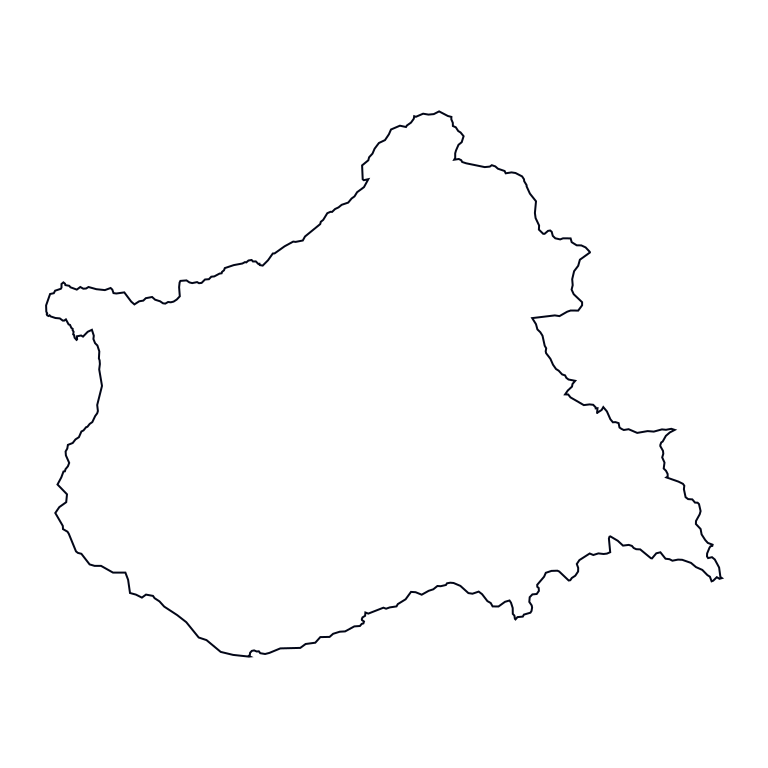 Sao Nicolau Tolentino, São Domingos, Cabo Verde
{"feature_id": "66160863B10929768356041", "entity_name": "Sao Nicolau Tolentino", "entity_type": "district", "adm_level": 2, "iso_a3": "CPV", "parent_name": "Cabo Verde", "parent_adm1": "São Domingos", "projection": "robinson", "projection_center": [-23.566, 15.021], "detail": "fine", "context": "isolated", "style": "outline", "palette": "ink", "viewbox_px": 768, "rotation_deg": 0, "n_neighbors": 0, "source": "geoboundaries", "source_scale": "gbopen_adm2", "svg_char_len": 6035}
<svg xmlns="http://www.w3.org/2000/svg" viewBox="0 0 768 768"><path d="M451.4,116.9L447.9,116.0L439.1,111.4L433.8,114.1L428.5,114.6L423.1,113.7L415.9,116.8L414.2,116.2L413.8,118.7L411.0,122.6L406.9,125.5L406.0,127.0L399.9,125.7L391.0,129.5L388.9,134.3L385.0,140.1L378.9,143.0L374.6,148.7L372.5,153.6L369.1,157.3L368.3,160.3L362.1,165.4L362.7,179.3L363.8,180.2L368.3,179.2L364.0,187.1L357.1,192.2L354.5,196.4L351.6,198.5L348.2,202.6L341.7,204.8L338.5,207.4L335.1,209.0L332.1,211.9L330.5,211.8L327.3,213.2L323.2,219.9L320.8,221.8L320.2,224.1L305.0,236.5L302.8,240.5L295.6,241.9L293.2,241.6L284.6,246.3L274.6,253.4L272.8,253.5L268.0,260.3L262.7,265.6L259.9,265.1L259.5,263.8L258.5,264.1L255.8,261.4L253.0,261.5L251.6,260.0L248.5,260.5L246.3,262.4L245.0,262.1L242.4,263.5L233.8,265.1L224.8,268.1L224.0,270.3L222.1,271.8L221.6,273.3L219.5,273.6L214.3,276.4L211.3,276.7L208.9,279.2L205.0,279.5L201.6,282.9L199.0,283.2L197.1,282.1L192.2,283.1L189.4,282.4L186.5,280.4L180.4,280.9L179.6,282.5L179.1,287.2L179.8,296.3L176.8,299.5L173.6,301.6L170.8,302.3L168.1,302.0L165.3,303.6L163.0,303.3L160.1,301.3L155.1,299.7L152.1,297.0L145.8,298.2L143.3,300.6L139.2,301.3L134.4,304.4L131.2,301.6L124.3,292.4L116.3,293.5L113.5,293.1L112.3,289.6L110.6,288.0L104.9,290.1L96.4,289.2L88.5,287.0L86.1,288.5L83.3,288.7L80.3,287.0L76.8,289.6L70.5,287.3L69.2,285.8L65.4,285.1L65.0,283.7L63.4,282.4L61.5,284.0L61.5,287.6L60.8,288.8L55.1,290.7L53.8,293.2L50.1,294.0L46.1,305.4L46.3,311.7L47.2,313.3L46.7,314.1L47.2,315.3L48.5,316.0L49.6,315.3L50.6,316.4L55.4,318.0L59.8,318.4L62.8,320.6L64.2,320.6L65.9,319.4L68.6,324.4L70.0,324.9L71.3,327.8L72.7,328.9L72.6,330.1L73.6,331.8L73.2,334.4L74.0,334.9L74.6,337.7L76.5,339.9L77.1,339.4L76.9,336.3L81.1,335.5L83.0,336.6L87.7,331.8L91.9,329.8L93.8,335.7L93.4,339.0L95.1,343.2L97.4,345.5L99.3,351.4L98.9,358.5L99.6,360.3L99.9,364.0L99.2,369.4L102.0,385.9L97.2,405.0L97.9,411.0L97.2,413.3L95.2,416.0L92.3,422.1L89.7,423.9L87.4,426.8L86.1,427.2L83.5,430.4L81.4,431.5L78.9,437.2L75.5,439.4L72.7,443.0L67.9,444.9L67.3,448.5L65.6,451.5L65.9,455.4L69.2,462.9L67.9,466.3L65.5,469.2L64.9,471.3L63.5,471.5L61.3,477.4L57.5,484.5L67.0,494.3L66.2,502.2L59.3,507.1L55.3,513.0L62.8,525.9L63.0,529.1L67.5,531.7L68.8,533.8L76.0,551.4L77.9,552.9L81.4,553.8L89.6,564.4L94.7,565.9L101.1,565.9L113.0,572.6L125.4,572.6L128.1,579.8L130.0,593.0L135.9,594.6L141.9,597.6L146.0,594.6L153.0,595.9L154.6,598.2L159.5,601.4L164.2,606.6L177.2,615.1L186.3,622.2L198.7,637.5L206.5,640.1L220.7,651.9L233.1,654.9L248.9,656.6L249.9,656.5L248.6,655.9L249.8,655.1L250.1,652.8L251.8,650.9L254.1,650.4L256.7,651.5L258.8,651.3L260.3,653.2L265.1,654.0L269.4,652.9L280.3,648.4L300.3,647.9L305.6,644.0L315.3,642.7L320.3,637.1L329.6,636.9L333.1,633.8L339.8,631.7L345.1,631.4L354.3,626.4L359.9,626.0L361.7,623.9L363.4,623.4L364.0,621.5L362.0,620.1L361.8,619.2L362.5,617.4L365.1,615.8L365.4,612.5L368.3,613.6L383.4,607.7L386.1,608.7L389.8,607.4L396.5,606.4L397.8,604.1L405.6,599.3L411.0,591.9L415.6,592.2L421.7,594.7L428.7,590.8L433.3,589.3L437.4,586.0L440.7,586.2L445.9,585.0L447.0,583.3L450.3,582.7L453.6,583.0L460.4,585.9L468.4,593.1L472.5,593.7L478.7,591.6L482.1,594.2L487.4,601.1L490.7,603.0L492.6,606.4L498.5,606.5L505.0,601.8L509.5,600.5L511.0,602.7L512.7,608.0L512.8,613.9L514.4,615.6L514.9,618.8L515.5,619.4L517.5,617.1L522.8,616.6L523.9,614.6L530.4,612.7L531.5,611.0L532.1,607.6L531.7,605.4L529.3,601.9L529.7,597.2L532.4,594.4L536.7,594.0L538.9,590.9L538.7,588.0L537.3,586.8L537.2,584.8L544.1,576.7L545.8,572.8L551.5,570.9L557.4,570.7L559.2,571.5L568.7,580.5L570.3,580.2L571.8,578.0L575.3,575.7L578.1,571.5L578.2,567.9L576.8,564.0L579.4,560.1L589.7,553.5L593.3,555.0L598.4,553.4L603.6,554.0L606.9,553.6L610.2,552.2L608.9,538.5L609.5,536.7L610.4,536.4L617.8,540.8L623.0,545.6L628.8,544.9L631.9,545.9L633.7,548.0L636.2,549.2L640.2,549.4L650.9,558.2L652.0,558.4L656.3,553.3L660.4,552.3L665.5,558.7L669.5,559.2L672.4,560.7L678.0,559.6L682.2,559.8L691.0,562.9L696.0,567.1L702.3,569.9L707.4,575.1L709.9,576.7L711.6,581.3L713.2,580.7L716.8,577.2L719.5,578.8L721.9,578.1L720.4,577.0L719.1,567.5L714.8,559.5L712.0,557.2L708.1,558.1L707.0,556.4L707.1,553.5L709.5,547.7L710.5,546.3L712.3,545.9L712.6,544.7L707.8,542.9L705.2,540.0L701.6,534.4L700.6,529.0L695.9,524.0L696.0,521.0L699.7,514.3L700.6,511.1L699.0,504.1L697.6,502.7L695.0,502.6L692.3,499.4L688.1,499.1L685.6,497.2L683.9,489.2L684.3,485.7L682.9,483.8L678.4,481.6L666.4,477.4L667.7,476.5L667.6,473.9L666.0,470.8L663.7,468.5L664.5,462.6L662.2,457.4L663.3,453.8L663.0,450.9L660.3,446.1L660.3,445.0L661.2,442.5L662.7,441.5L665.9,435.8L669.9,432.4L674.7,429.9L671.3,428.8L666.0,429.8L661.9,429.4L653.8,431.6L647.6,431.1L637.2,432.9L628.6,429.2L623.8,430.0L621.5,428.9L619.5,427.5L618.6,423.1L615.4,422.1L612.9,422.3L610.4,419.3L606.9,411.4L603.3,407.1L601.6,410.0L597.5,412.6L597.0,413.6L597.5,408.2L595.7,408.4L595.6,407.3L593.2,404.8L589.6,404.4L583.8,405.1L570.5,397.4L568.2,394.5L565.1,394.4L567.8,390.5L572.0,386.6L572.5,384.0L575.2,380.8L568.5,379.5L566.3,377.8L565.1,375.4L562.1,374.4L558.7,370.7L556.0,369.0L553.0,364.7L550.4,358.8L546.1,353.2L545.7,351.3L546.2,348.3L544.7,345.7L542.5,335.7L540.3,332.2L537.4,329.4L536.0,324.2L532.2,318.1L554.8,315.4L559.5,316.1L567.2,311.7L570.7,310.5L578.2,310.6L582.1,305.3L582.1,302.2L573.7,294.2L571.6,289.6L572.7,285.2L572.2,279.2L574.1,271.2L578.2,265.8L579.9,259.7L589.9,252.5L589.8,251.9L585.6,247.4L581.3,245.4L576.7,245.3L571.7,242.2L570.6,238.4L563.1,238.3L560.2,239.4L555.3,238.3L552.8,235.9L551.7,231.8L550.2,230.5L548.0,230.9L544.6,233.8L543.2,233.8L538.9,229.6L539.1,225.5L535.6,218.1L534.9,213.0L536.0,201.3L529.9,193.6L526.6,186.4L526.6,185.2L524.2,181.2L524.0,179.3L522.1,176.4L515.5,173.0L511.5,172.4L505.7,173.3L504.6,171.0L497.9,168.7L495.3,166.4L491.8,165.2L489.8,166.6L484.7,167.1L466.2,163.3L462.2,162.0L461.2,160.2L458.8,159.0L454.2,159.7L455.2,157.9L455.2,153.3L456.0,150.5L458.5,144.8L461.7,142.2L463.6,136.2L460.6,132.5L458.2,131.0L455.8,127.3L452.9,126.0L452.8,122.8L451.3,119.3L451.4,116.9Z" fill="none" stroke="#020617" stroke-width="2"/></svg>